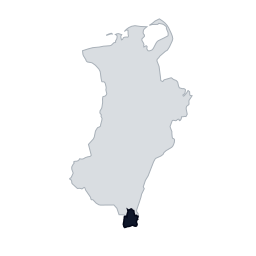 location of Koytendag, Chardzhou, Turkmenistan, rotated 73°
{"feature_id": "10190150B64529450546528", "entity_name": "Koytendag", "entity_type": "district", "adm_level": 2, "iso_a3": "TKM", "parent_name": "Turkmenistan", "parent_adm1": "Chardzhou", "projection": "orthographic", "projection_center": [66.04, 37.77], "detail": "fine", "context": "in_parent", "style": "filled", "palette": "ink", "viewbox_px": 256, "rotation_deg": 73, "n_neighbors": 0, "source": "geoboundaries", "source_scale": "gbopen_adm2", "svg_char_len": 4664}
<svg xmlns="http://www.w3.org/2000/svg" viewBox="0 0 256 256"><g transform="rotate(73 128 128)"><path d="M78.2,80.3L88.9,82.1L92.2,82.8L93.7,81.4L93.7,81.0L93.2,80.6L92.5,79.4L92.6,72.0L93.6,71.1L94.8,70.4L96.5,68.2L97.4,67.6L98.7,67.1L102.8,67.4L104.6,67.1L106.3,64.5L106.7,63.0L107.9,61.9L108.6,62.0L111.2,63.3L111.8,63.9L112.5,65.9L113.6,65.8L113.8,65.5L113.7,65.1L113.0,63.8L111.5,61.5L109.9,60.0L109.8,59.5L111.4,58.5L114.2,59.2L115.0,59.0L115.9,57.3L119.4,61.5L120.1,61.9L123.1,62.7L123.5,63.3L124.4,65.6L125.4,66.3L126.7,66.8L132.1,67.3L133.7,68.9L134.0,69.3L133.5,70.3L133.3,72.4L132.8,73.2L133.1,73.5L134.9,74.5L136.0,75.9L136.1,76.5L135.7,76.8L134.8,76.6L134.3,77.2L134.3,78.2L134.9,79.3L135.0,80.2L133.9,82.3L133.8,83.2L134.1,83.7L138.8,87.3L139.6,87.4L144.5,87.1L145.4,87.5L149.6,88.4L150.8,88.4L151.6,87.4L152.4,87.0L153.1,87.0L155.1,87.8L157.2,89.3L158.5,90.6L159.2,91.8L160.8,98.2L162.0,100.8L163.5,102.2L164.4,104.7L165.1,110.2L165.7,111.3L167.9,113.5L179.6,122.7L183.2,126.7L188.7,130.6L190.8,130.2L195.2,134.3L198.0,135.9L201.6,138.4L209.2,143.9L210.9,144.1L212.7,143.4L214.3,143.8L217.2,145.2L220.4,147.3L223.0,148.0L223.8,149.0L223.8,149.5L222.3,152.2L222.1,155.6L222.3,160.1L221.6,160.2L216.3,158.9L211.4,156.1L210.2,157.0L209.6,158.0L208.3,161.9L201.5,162.1L197.5,164.0L193.7,176.8L192.9,178.3L190.6,180.4L186.6,182.4L186.0,183.2L185.9,184.0L185.4,184.2L183.2,184.1L174.9,186.7L173.1,186.7L172.3,186.9L172.0,187.4L172.8,189.9L172.1,190.7L171.5,191.9L171.0,194.1L165.4,197.4L164.3,197.8L162.1,197.4L160.9,197.7L159.7,198.7L159.2,198.4L159.0,197.3L158.4,196.5L155.1,193.6L151.2,193.8L149.7,193.5L148.6,193.0L146.9,191.3L145.8,189.7L144.6,189.9L144.3,189.1L144.3,188.3L144.7,187.3L144.7,185.3L144.0,183.9L143.3,183.3L144.3,181.1L144.4,179.4L143.9,177.6L143.8,175.0L144.1,172.4L143.4,171.1L132.1,170.6L128.4,164.4L126.8,162.9L121.4,160.0L120.0,158.5L118.8,157.0L118.6,154.9L118.1,153.7L117.2,153.4L113.0,150.8L111.3,150.0L108.9,150.4L107.6,149.6L105.8,150.4L105.1,150.4L103.4,149.7L101.4,147.4L99.6,146.4L95.9,144.7L93.2,144.0L90.9,143.0L90.7,142.6L90.8,140.8L90.6,140.1L90.0,139.1L89.1,138.3L85.0,138.0L83.2,137.1L81.7,136.9L78.5,136.7L77.4,137.1L76.7,137.6L76.2,139.3L75.8,139.5L72.6,139.2L66.0,138.1L63.1,138.6L58.5,140.8L55.8,142.8L54.9,143.7L53.0,147.5L52.3,148.0L51.3,148.4L50.5,148.3L46.3,149.4L44.7,149.6L40.8,148.9L40.7,142.9L40.9,138.1L42.2,131.7L42.6,127.6L44.0,121.3L44.0,119.8L42.4,116.7L42.4,114.8L41.2,114.5L39.4,112.6L37.6,111.7L36.7,111.5L35.7,111.9L34.9,112.7L34.7,111.2L34.9,109.6L36.9,106.7L37.7,107.7L38.8,108.3L41.8,108.5L41.7,107.3L40.3,106.0L40.2,104.5L40.5,103.1L41.1,101.7L40.8,101.1L40.1,100.6L38.5,100.5L34.5,99.4L33.8,100.9L34.6,103.3L33.1,100.5L32.2,97.8L31.8,94.7L32.2,91.4L34.5,86.5L36.7,80.3L37.9,83.2L38.9,84.6L41.3,85.7L42.5,85.7L43.9,85.1L45.2,85.5L46.8,88.6L48.2,89.1L51.3,88.4L52.7,88.3L53.9,89.0L55.2,89.1L54.8,87.8L54.7,86.5L55.6,85.9L57.8,86.9L59.8,86.4L60.1,86.1L60.5,85.1L60.5,82.9L60.2,81.9L59.3,80.5L55.6,76.9L54.3,75.5L53.4,73.7L52.4,67.2L51.6,63.0L51.1,62.5L48.7,61.8L44.1,62.2L42.5,61.7L41.7,62.1L39.7,63.5L38.6,64.8L36.9,68.0L37.6,69.2L36.1,74.6L36.1,77.1L35.9,77.2L35.0,74.1L33.6,70.8L32.8,66.1L36.0,63.5L38.6,61.8L41.3,60.6L44.0,59.9L50.0,59.0L53.2,58.8L55.8,59.1L57.7,60.3L62.5,64.6L64.6,67.0L65.2,67.9L65.6,69.9L68.7,76.8L69.6,77.8L70.8,80.0L72.3,80.7L78.2,80.3ZM33.1,121.0L32.9,121.8L32.5,119.1L32.5,116.3L33.1,115.6L33.6,115.7L33.0,116.6L33.1,121.0Z" fill="#d9dde1" stroke="#a8b0b8" stroke-width="1"/><path d="M206.0,152.2L206.5,152.3L207.0,152.3L207.5,152.3L207.9,152.4L208.3,152.8L208.9,153.2L209.1,153.3L209.8,153.8L210.8,154.4L211.7,154.8L212.2,154.9L212.6,155.1L212.3,155.2L211.9,155.7L211.7,156.1L211.6,157.3L212.4,157.7L213.6,158.1L214.6,158.7L215.8,159.1L216.7,159.6L217.8,160.2L218.5,160.5L219.0,160.7L219.4,160.7L219.9,160.6L220.4,160.5L220.8,160.5L221.1,160.8L221.4,160.7L221.8,160.2L222.2,160.1L222.2,159.5L222.1,159.1L222.2,158.5L222.1,157.7L222.1,157.2L222.5,155.9L222.4,155.0L222.5,154.2L222.4,153.7L222.2,153.0L222.2,152.2L222.6,151.7L222.9,151.3L223.4,150.8L223.8,150.2L224.0,149.8L224.2,149.2L224.2,148.7L224.0,148.3L223.4,147.8L223.0,147.5L222.5,147.7L221.8,147.3L221.2,147.5L220.6,147.7L219.8,147.2L219.0,146.9L218.6,146.5L218.3,145.7L218.2,145.8L217.3,145.3L216.7,145.1L216.2,144.6L215.8,144.4L215.5,144.2L215.4,144.2L215.4,144.7L215.4,144.9L214.4,145.2L213.9,145.6L213.9,147.0L213.3,147.1L212.3,147.1L211.1,147.0L210.4,147.0L209.8,146.9L209.5,146.7L208.6,146.7L208.3,147.3L207.4,148.0L206.5,148.2L206.4,148.4L206.3,149.1L206.5,149.7L206.6,150.3L206.8,150.8L206.7,151.3L206.2,151.9L205.8,152.2L206.0,152.2Z" fill="#0f172a" stroke="#020617" stroke-width="1.5"/></g></svg>